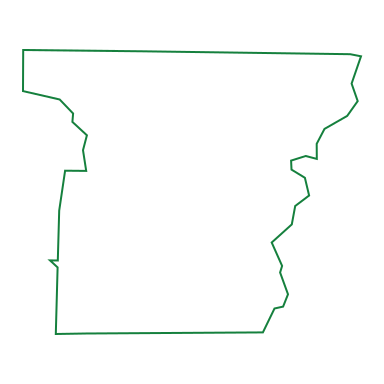 Lee, Georgia, United States of America (Robinson projection)
{"feature_id": "52423323B57343387643599", "entity_name": "Lee", "entity_type": "district", "adm_level": 2, "iso_a3": "USA", "parent_name": "United States of America", "parent_adm1": "Georgia", "projection": "robinson", "projection_center": [-84.108, 31.769], "detail": "fine", "context": "isolated", "style": "outline", "palette": "green", "viewbox_px": 384, "rotation_deg": 0, "n_neighbors": 0, "source": "geoboundaries", "source_scale": "gbopen_adm2", "svg_char_len": 572}
<svg xmlns="http://www.w3.org/2000/svg" viewBox="0 0 384 384"><path d="M361.0,56.3L350.2,54.2L142.6,51.3L23.2,50.0L23.0,91.1L59.7,99.5L73.1,113.5L72.4,121.9L86.9,135.3L83.0,150.2L86.2,170.9L65.1,170.7L59.2,210.6L57.8,260.5L50.0,260.4L57.6,267.4L55.8,334.0L85.7,333.5L262.9,332.4L274.5,308.5L283.1,306.6L288.0,294.3L280.1,272.5L282.1,265.9L271.7,242.5L291.8,224.4L295.2,206.0L309.1,195.5L304.9,177.8L291.5,169.6L291.1,160.6L305.7,156.0L316.8,158.9L316.7,143.8L324.5,128.9L347.2,115.9L357.7,101.1L351.6,83.6L361.0,56.3Z" fill="none" stroke="#15803d" stroke-width="2"/></svg>